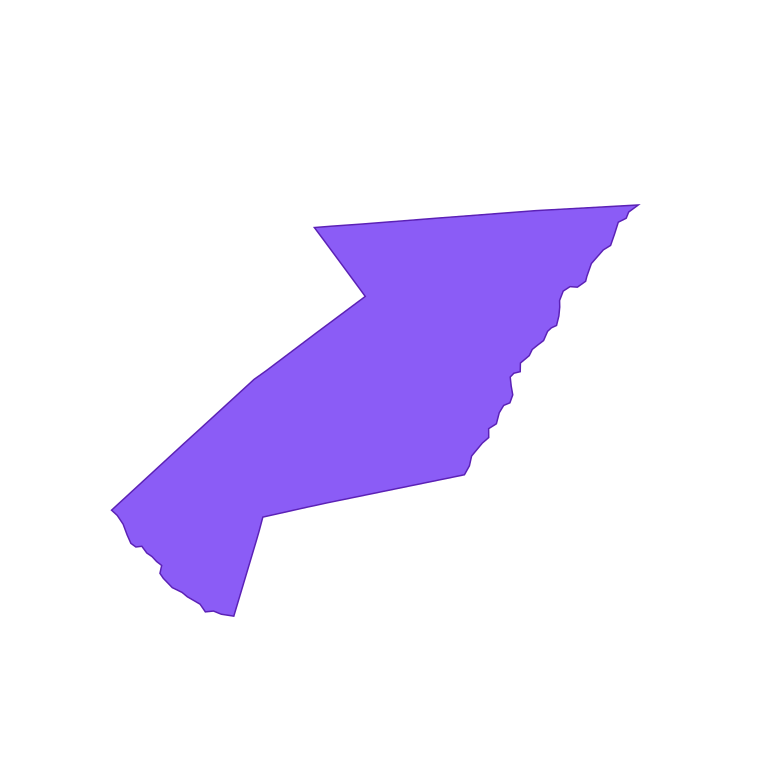 Maravilha, Alagoas, Brazil, rotated 161°
{"feature_id": "56859067B39039377802741", "entity_name": "Maravilha", "entity_type": "district", "adm_level": 2, "iso_a3": "BRA", "parent_name": "Brazil", "parent_adm1": "Alagoas", "projection": "robinson", "projection_center": [-37.404, -9.243], "detail": "fine", "context": "isolated", "style": "filled", "palette": "violet", "viewbox_px": 768, "rotation_deg": 161, "n_neighbors": 0, "source": "geoboundaries", "source_scale": "gbopen_adm2", "svg_char_len": 1141}
<svg xmlns="http://www.w3.org/2000/svg" viewBox="0 0 768 768"><g transform="rotate(161 384 384)"><path d="M601.6,213.4L555.8,277.3L550.3,285.1L541.9,297.6L496.1,292.5L489.1,291.6L476.9,290.2L337.5,272.0L329.9,278.8L324.6,287.4L310.3,296.1L302.4,299.3L299.6,307.7L290.7,309.8L284.4,319.3L277.8,324.8L271.1,325.2L265.8,331.8L264.4,340.7L262.4,349.5L257.7,351.9L251.2,351.3L248.2,359.4L237.5,363.5L232.6,368.4L226.3,370.7L219.0,373.1L212.2,380.5L207.5,382.6L201.8,383.2L196.5,391.4L192.8,399.5L190.8,405.8L184.3,413.5L176.4,415.5L169.6,412.6L159.9,415.5L157.1,419.8L148.7,430.4L133.0,439.4L124.6,441.3L117.3,450.6L109.8,460.7L101.0,461.9L96.7,466.9L85.3,470.5L184.0,498.5L278.1,523.1L352.7,542.4L382.6,550.4L398.9,554.6L393.9,539.0L390.5,528.2L375.9,481.7L373.2,472.9L431.8,454.2L491.4,434.8L505.3,430.7L571.7,401.8L592.2,393.0L682.7,353.4L679.0,346.6L676.3,336.4L676.0,324.8L675.2,315.7L671.7,310.7L665.8,309.4L663.3,301.4L659.5,296.3L656.8,290.2L653.3,284.8L657.5,277.9L655.9,272.0L650.5,260.4L642.8,252.7L639.2,246.8L629.6,235.7L627.1,226.7L619.1,224.8L612.8,219.3L601.6,213.4Z" fill="#8b5cf6" stroke="#5b21b6" stroke-width="1.5"/></g></svg>